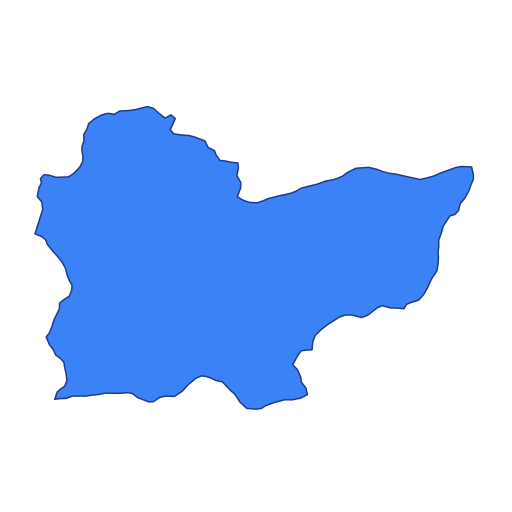 Jales, São Paulo, Brazil, rotated 88°
{"feature_id": "56859067B36023538882283", "entity_name": "Jales", "entity_type": "district", "adm_level": 2, "iso_a3": "BRA", "parent_name": "Brazil", "parent_adm1": "São Paulo", "projection": "orthographic", "projection_center": [-50.554, -20.265], "detail": "fine", "context": "isolated", "style": "filled", "palette": "blue", "viewbox_px": 512, "rotation_deg": 88, "n_neighbors": 0, "source": "geoboundaries", "source_scale": "gbopen_adm2", "svg_char_len": 2623}
<svg xmlns="http://www.w3.org/2000/svg" viewBox="0 0 512 512"><g transform="rotate(88 256 256)"><path d="M226.1,476.1L229.1,469.5L232.6,465.6L237.1,464.2L244.5,458.6L249.5,454.3L255.1,450.2L261.0,447.1L268.8,445.3L273.9,443.4L278.9,440.9L283.9,441.4L289.6,444.0L292.4,448.8L296.3,454.0L301.8,454.3L306.6,456.8L312.9,460.2L319.4,462.4L325.9,465.4L329.6,468.5L337.4,465.6L342.3,462.0L347.9,459.7L351.9,454.7L355.5,451.7L360.8,451.1L366.7,449.9L373.9,449.4L379.4,451.7L382.1,455.9L385.2,459.5L392.2,462.1L391.7,457.2L391.7,450.7L389.6,444.2L389.8,436.3L390.1,431.2L389.3,425.3L389.1,419.4L387.8,411.4L388.3,402.2L388.4,394.4L388.1,389.2L389.1,384.4L393.5,379.0L396.1,372.8L398.0,368.4L398.0,363.6L393.9,357.2L392.9,351.0L393.5,342.4L388.4,334.2L382.9,329.0L380.0,325.4L376.1,320.4L373.9,314.7L374.7,309.8L376.6,304.7L379.0,300.6L380.6,294.0L385.7,289.4L390.0,285.6L393.7,281.7L401.5,277.1L407.9,270.7L409.1,261.4L408.5,255.8L406.0,251.7L403.4,244.0L400.7,232.6L401.0,224.6L399.6,216.5L396.4,209.5L389.9,210.6L383.4,215.2L378.8,215.4L370.8,218.7L366.0,223.1L356.8,217.7L352.3,214.2L351.7,208.2L351.7,203.3L343.8,202.3L337.5,199.6L331.3,192.8L326.4,185.8L320.1,175.1L318.1,168.9L318.3,162.2L321.2,152.7L319.2,146.7L312.2,136.9L310.1,131.5L312.5,123.6L313.0,116.1L313.9,110.0L309.5,107.2L307.9,102.8L305.8,95.0L299.9,89.4L293.0,85.3L287.9,82.9L283.6,80.4L277.2,75.7L270.0,74.3L263.7,73.7L258.5,74.0L252.9,73.0L246.6,72.9L239.8,70.1L232.6,67.8L226.5,63.5L222.6,60.6L221.5,55.8L217.8,52.1L210.9,50.1L205.3,45.2L198.3,41.0L192.0,38.5L187.0,36.1L182.4,35.9L174.5,37.5L173.7,47.5L174.6,53.4L177.8,63.4L179.9,69.8L182.2,75.3L184.2,83.7L185.3,89.1L181.4,104.6L179.2,112.6L177.8,120.8L176.1,126.2L173.6,132.3L171.3,140.3L171.8,153.2L175.9,162.0L179.3,166.8L182.1,174.5L183.6,184.0L186.3,192.2L188.4,202.2L189.8,208.5L192.7,213.9L194.4,218.8L195.7,224.9L196.4,229.6L197.8,235.9L199.1,241.9L201.2,247.3L202.9,252.7L202.2,260.5L200.1,266.4L196.1,272.7L188.0,269.1L182.0,268.6L175.0,272.3L167.0,270.5L162.4,270.9L161.5,277.4L160.1,282.7L159.2,288.6L154.0,292.2L149.4,293.8L145.6,300.3L139.3,302.9L134.9,313.2L133.2,319.1L132.5,325.5L131.1,333.9L126.7,337.3L122.2,334.9L115.9,331.9L112.0,336.0L115.0,342.2L109.2,348.9L104.7,353.5L102.9,359.4L105.6,372.0L106.3,379.5L106.3,386.9L109.4,392.7L108.2,399.1L109.7,405.5L113.3,412.7L117.8,418.6L123.4,420.6L128.5,423.9L134.9,423.9L140.1,426.0L144.6,426.3L150.3,425.5L155.7,426.0L161.1,429.1L167.1,435.2L170.4,440.7L170.4,453.2L168.0,459.8L167.4,465.1L171.1,468.7L175.7,467.9L180.1,470.5L189.0,472.5L194.5,468.2L202.0,467.5L226.1,476.1Z" fill="#3b82f6" stroke="#1e3a8a" stroke-width="1.5"/></g></svg>